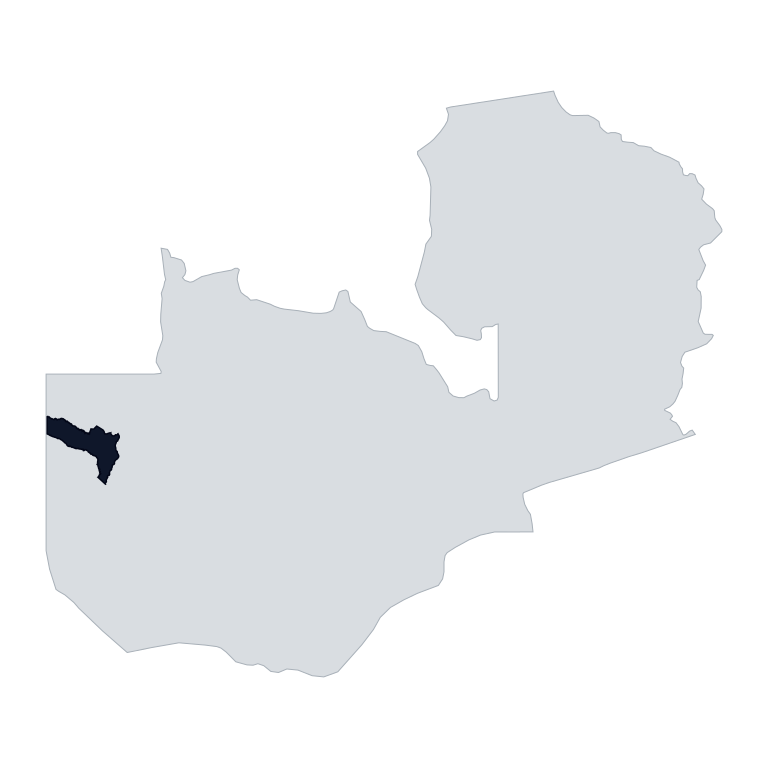 Mitete, Western, Zambia shown in context
{"feature_id": "96606910B13624449135340", "entity_name": "Mitete", "entity_type": "district", "adm_level": 2, "iso_a3": "ZMB", "parent_name": "Zambia", "parent_adm1": "Western", "projection": "mercator", "projection_center": [22.406, -14.284], "detail": "fine", "context": "in_parent", "style": "filled", "palette": "ink", "viewbox_px": 768, "rotation_deg": 0, "n_neighbors": 0, "source": "geoboundaries", "source_scale": "gbopen_adm2", "svg_char_len": 8911}
<svg xmlns="http://www.w3.org/2000/svg" viewBox="0 0 768 768"><path d="M533.0,531.9L494.5,532.0L480.4,535.1L468.9,539.9L455.2,547.4L447.2,552.6L445.1,555.5L444.0,561.9L444.0,571.8L442.6,578.9L438.4,585.4L417.5,593.3L403.9,599.8L390.5,607.4L380.3,617.3L373.4,629.6L361.9,644.7L337.8,671.8L323.8,676.9L312.1,675.7L298.0,670.1L286.8,669.0L278.5,672.5L270.8,671.4L263.8,665.7L257.9,663.7L253.1,665.2L247.0,664.9L235.8,661.8L226.2,652.1L221.0,648.1L216.9,646.6L205.4,645.1L178.9,642.8L151.4,647.6L127.2,652.5L102.6,631.0L78.9,608.3L73.9,602.5L64.9,594.9L58.5,591.2L56.0,589.4L49.6,569.2L46.1,550.7L46.1,374.1L153.9,374.1L160.9,373.4L161.2,371.5L156.2,362.2L156.4,358.8L157.8,352.5L162.5,339.8L162.8,335.6L160.6,321.8L160.8,314.1L162.1,298.6L161.3,293.3L163.8,286.3L164.7,281.7L165.7,279.7L164.5,274.4L162.3,256.0L161.1,248.2L167.5,249.4L169.7,253.2L170.9,257.3L173.8,257.6L181.5,260.0L184.2,263.4L185.9,270.8L184.9,274.6L182.4,277.7L184.9,280.4L190.0,282.2L193.0,281.6L201.7,276.6L209.6,274.7L213.7,273.4L231.5,270.1L235.1,268.3L237.6,268.3L239.3,269.8L237.7,275.0L237.2,279.7L239.4,288.4L241.1,292.5L244.8,295.5L247.5,297.1L250.5,300.2L256.7,299.7L270.3,304.2L274.5,306.3L280.2,308.3L284.3,309.1L298.3,310.7L313.2,313.2L320.9,313.4L326.4,312.8L330.2,311.5L332.6,310.1L333.6,308.8L339.2,292.1L342.1,290.8L345.8,290.0L347.9,291.5L350.3,302.0L361.1,311.5L364.7,319.5L367.4,326.4L369.7,328.3L373.8,330.6L380.3,331.4L386.2,331.7L415.1,343.4L418.3,345.5L421.8,351.7L424.0,358.8L426.3,364.4L430.0,365.4L433.3,365.8L436.6,369.7L439.1,373.0L447.7,386.8L448.9,392.3L453.1,396.0L458.7,397.6L463.9,397.7L466.9,396.1L474.3,393.3L480.1,390.0L484.3,388.9L486.8,389.6L488.7,391.8L490.0,398.7L494.1,401.0L497.1,400.1L498.3,397.4L498.3,396.0L498.2,324.0L495.6,324.5L492.3,326.6L484.6,326.8L481.7,328.3L480.7,330.6L481.3,333.6L481.5,337.7L480.3,339.6L477.0,340.3L472.1,338.8L463.3,336.7L456.0,335.5L450.7,330.1L443.6,322.0L438.9,317.9L427.6,309.4L425.7,307.7L422.3,303.7L419.4,297.0L416.6,289.2L415.1,284.3L417.8,276.7L424.4,251.9L425.9,244.1L431.4,236.3L431.7,229.3L429.5,220.3L430.1,215.3L430.9,187.0L429.4,178.1L425.7,168.2L417.6,154.4L417.6,151.5L430.1,142.5L433.8,139.2L440.3,131.9L444.7,125.8L447.5,120.8L448.5,114.3L446.4,108.2L450.6,107.0L553.6,91.1L555.0,95.3L558.2,102.3L561.7,107.5L566.1,112.0L569.9,114.7L572.4,115.6L588.2,115.3L593.9,118.0L598.9,121.5L600.1,126.9L603.4,130.3L606.9,133.0L608.4,133.3L611.0,132.6L615.3,132.6L619.2,133.7L621.1,134.9L621.3,139.4L622.5,141.5L627.8,142.2L633.3,142.6L638.6,145.7L644.3,146.2L650.9,147.5L654.0,150.8L661.0,154.1L669.6,157.2L679.0,162.2L679.2,163.7L680.8,166.7L682.5,168.8L682.6,171.9L683.4,174.8L685.8,175.5L687.8,175.7L689.7,173.6L692.2,173.7L695.0,175.0L696.0,178.3L698.1,182.8L701.6,185.9L704.0,188.9L703.2,194.2L701.7,199.2L706.4,204.1L712.6,208.7L714.2,210.7L714.8,217.6L715.7,220.0L719.9,225.7L721.9,229.5L721.8,231.7L710.5,243.0L703.6,244.8L700.6,247.1L698.8,249.5L703.2,260.8L705.6,265.1L703.6,270.5L699.2,279.6L697.1,280.4L696.7,287.3L698.1,289.9L700.3,291.8L701.2,296.5L701.1,308.2L698.2,321.5L703.3,333.1L705.1,334.3L712.1,334.4L713.3,335.4L711.6,338.7L706.7,343.8L697.7,347.8L684.9,352.2L682.2,356.4L680.5,362.5L681.9,366.1L683.7,368.1L683.1,373.5L682.0,379.1L682.4,383.5L681.8,387.4L680.1,389.4L677.8,395.3L675.1,401.2L672.9,404.0L669.7,406.8L664.6,409.2L664.7,410.4L670.4,413.1L671.9,415.0L672.5,416.3L670.1,419.3L672.7,421.2L676.0,422.7L679.0,426.7L682.6,434.1L683.2,434.9L684.2,435.0L686.1,434.2L689.6,431.1L692.2,430.1L695.3,434.4L641.6,452.8L629.0,456.6L610.1,463.2L604.0,465.6L599.1,468.0L549.1,482.5L541.2,485.3L523.5,492.7L522.9,494.0L523.1,497.3L524.7,504.3L527.8,510.6L530.4,514.3L532.1,523.7L533.0,531.9Z" fill="#d9dde1" stroke="#a8b0b8" stroke-width="1"/><path d="M105.9,484.6L105.7,484.2L105.2,483.8L105.1,483.5L105.1,482.9L105.2,482.7L106.3,482.0L106.4,481.7L106.2,479.9L107.1,478.4L107.2,477.9L107.7,477.3L107.7,477.0L107.4,476.0L107.6,475.7L108.0,475.5L109.0,475.4L109.3,475.1L109.7,474.0L109.4,473.3L109.4,472.6L109.8,471.8L110.0,471.0L110.3,470.4L110.7,470.2L111.3,470.0L111.4,469.8L111.6,469.1L111.6,468.1L112.1,467.3L112.4,465.0L112.6,464.8L113.4,464.7L114.1,464.2L114.4,463.8L114.5,463.2L114.4,462.2L114.6,461.6L115.5,460.1L117.5,458.7L118.7,456.8L118.6,455.4L117.3,452.9L117.2,452.5L117.3,452.1L117.2,451.7L117.1,451.4L116.3,451.0L115.9,449.9L115.7,449.0L115.8,448.3L115.7,447.7L115.2,446.0L115.3,444.8L116.2,442.6L116.3,441.7L116.6,441.4L117.4,441.1L117.7,440.8L118.2,439.4L118.7,438.7L119.2,437.6L119.2,436.2L119.1,435.7L118.1,434.1L118.0,433.8L117.7,434.0L117.5,434.6L116.5,434.9L115.4,434.8L115.2,435.5L113.8,436.0L113.0,435.8L112.5,435.9L112.2,435.8L112.0,435.3L111.4,434.7L111.0,434.1L110.8,433.4L110.8,432.8L110.4,433.0L109.7,432.9L109.0,433.1L107.7,433.5L106.8,434.1L106.4,433.9L104.8,433.9L104.7,433.8L104.0,431.4L103.0,430.0L96.7,426.1L93.6,429.2L92.4,429.2L92.2,429.0L92.0,428.9L91.4,429.2L91.0,429.0L89.4,433.4L89.5,433.7L89.2,433.8L89.4,434.0L89.2,434.2L88.9,433.8L88.5,433.8L88.3,433.7L88.4,433.1L88.2,433.1L88.1,433.5L87.9,433.6L88.0,433.9L87.8,433.9L87.1,433.0L86.4,433.0L86.0,432.6L85.8,432.7L85.3,433.4L85.0,433.5L84.9,433.5L84.9,433.2L85.3,432.7L85.2,432.3L85.0,432.2L84.4,432.2L84.2,432.1L84.2,431.9L84.3,431.8L84.2,431.3L83.7,431.3L83.7,430.7L83.4,430.5L82.9,431.0L82.6,431.1L82.7,430.9L82.4,430.7L82.6,430.6L82.5,430.4L82.5,430.2L82.3,430.1L82.0,430.1L82.0,430.3L81.7,430.2L81.4,430.4L81.2,430.3L81.3,429.9L81.1,429.9L81.0,429.6L80.7,429.7L80.7,429.9L80.7,430.0L79.8,429.6L79.4,430.0L79.3,429.7L79.0,429.7L78.7,429.3L78.4,429.4L78.0,429.1L78.1,428.9L77.8,428.9L77.8,428.7L77.6,428.8L77.4,428.4L77.2,428.4L77.3,428.6L77.1,428.6L77.1,428.4L76.7,428.4L76.8,428.1L77.0,428.2L76.8,428.0L76.6,427.7L76.3,427.6L76.2,427.3L75.5,426.9L75.3,426.7L75.5,426.6L74.8,426.0L74.0,426.1L73.9,426.2L73.4,425.9L73.0,426.1L72.7,425.7L72.4,425.8L72.2,425.7L72.1,425.1L71.5,424.9L71.5,424.4L71.4,424.4L71.3,424.1L71.1,424.1L71.1,423.9L70.7,423.9L70.3,423.5L69.8,423.6L69.6,423.5L69.6,423.3L69.3,423.0L69.2,423.0L69.2,422.8L68.8,422.6L68.7,422.3L68.3,422.1L68.1,422.2L67.7,421.9L67.5,421.6L67.3,421.5L67.2,421.3L67.0,421.5L66.9,421.7L66.5,421.7L66.2,421.3L65.9,421.5L65.6,421.5L65.6,421.4L65.6,420.5L65.2,420.2L64.7,420.0L64.6,419.8L64.3,419.9L63.9,419.5L64.0,419.4L63.9,419.3L63.5,419.2L63.3,418.8L62.8,418.8L62.1,418.5L61.9,418.6L61.7,418.5L61.2,418.4L61.1,418.5L60.4,418.8L60.3,419.3L60.2,419.4L59.6,419.5L59.3,419.2L58.7,419.2L58.3,419.3L58.1,419.3L57.9,419.5L57.7,419.7L57.6,419.8L57.4,419.7L57.3,419.8L56.7,419.7L56.5,419.4L56.5,419.1L56.3,419.0L56.2,418.8L55.9,418.7L55.8,418.9L55.3,418.5L55.2,418.6L55.1,418.8L54.7,418.8L54.5,419.0L54.4,419.0L54.2,419.3L54.2,419.5L53.9,419.5L53.9,419.4L53.5,419.4L53.2,419.3L53.0,419.2L52.8,419.2L52.6,419.0L52.3,418.9L52.2,418.8L51.8,419.0L51.5,418.9L51.5,418.7L51.2,418.6L50.9,418.3L50.6,418.3L50.5,418.2L50.2,418.1L50.1,417.9L49.8,417.6L49.7,417.5L49.6,417.4L49.5,417.5L49.3,417.3L49.1,417.3L49.1,417.1L48.8,417.2L48.6,417.0L48.3,417.1L48.0,416.6L47.8,416.7L47.6,416.5L47.2,416.7L47.2,433.9L48.8,434.6L49.8,435.3L50.5,435.3L50.8,435.4L50.7,435.7L52.3,436.4L53.0,436.7L53.3,436.8L53.6,436.7L54.6,437.2L55.4,437.3L57.1,438.1L57.8,438.6L58.2,438.6L58.3,438.4L58.6,438.3L59.6,438.7L61.0,439.7L61.5,439.9L62.3,440.4L62.6,440.8L63.0,441.0L64.2,442.1L64.6,442.7L65.5,443.1L66.1,443.5L66.3,444.0L66.5,444.2L66.6,444.4L66.8,444.6L66.9,445.0L67.6,445.9L67.9,445.9L68.2,446.1L68.3,446.2L68.6,446.3L68.8,446.2L69.0,446.4L69.7,446.3L69.9,446.5L70.0,446.5L70.0,446.4L70.1,446.5L70.4,446.3L70.5,446.4L70.9,446.4L71.1,446.7L71.4,446.8L71.6,447.1L72.2,447.1L72.2,447.3L73.1,447.3L73.2,447.5L73.5,447.7L74.3,447.8L74.7,447.8L74.8,448.2L75.4,448.5L75.9,448.4L76.2,448.6L76.5,448.5L77.0,448.6L77.5,448.5L78.0,448.3L78.4,448.7L78.7,448.6L79.4,449.0L79.9,448.9L80.9,449.1L81.1,449.3L82.0,449.3L82.4,449.6L82.8,449.3L83.2,449.3L83.5,449.5L83.5,449.8L83.4,449.9L83.5,450.6L84.2,450.5L85.0,449.9L85.3,449.9L85.7,449.7L86.2,449.8L86.6,450.1L86.6,450.3L87.0,450.4L87.3,450.7L87.7,450.8L87.8,451.0L88.1,451.4L88.2,451.8L88.8,452.0L88.9,452.4L89.6,452.6L90.2,453.0L90.3,453.2L90.2,453.4L90.4,453.5L90.8,454.1L91.3,454.1L91.7,454.3L92.2,454.3L92.5,454.8L92.8,455.2L93.2,455.2L93.4,455.5L93.9,455.6L94.6,455.5L95.3,455.9L95.3,456.1L95.9,456.1L96.1,456.2L96.6,457.5L96.9,457.6L97.4,458.3L97.8,458.9L97.9,459.2L97.8,460.2L98.0,460.6L97.7,461.3L97.7,461.6L97.5,462.2L98.0,463.2L97.7,463.8L97.2,464.1L97.1,464.5L98.1,465.3L98.2,465.7L98.0,466.1L98.6,467.2L98.4,467.5L98.5,467.9L98.8,468.4L98.7,468.7L98.8,468.9L99.3,468.9L99.6,469.0L99.8,469.2L99.8,469.5L99.4,469.8L99.4,470.2L99.2,470.3L99.4,471.2L99.7,471.5L100.1,471.6L99.7,472.3L99.7,472.8L100.0,472.9L100.1,473.3L100.3,473.5L100.5,473.4L100.7,473.6L100.5,473.8L100.4,474.3L100.1,474.4L99.8,474.5L99.5,474.5L99.5,475.0L99.3,475.5L99.1,475.8L98.7,476.1L98.6,476.3L98.8,476.4L98.6,477.0L98.2,477.2L98.0,477.3L105.9,484.6Z" fill="#0f172a" stroke="#020617" stroke-width="1.5"/></svg>